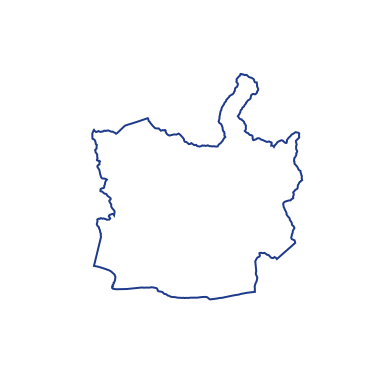 Ascope, La Libertad, Peru (Albers equal-area conic projection), rotated 313°
{"feature_id": "86281439B48399127015258", "entity_name": "Ascope", "entity_type": "district", "adm_level": 2, "iso_a3": "PER", "parent_name": "Peru", "parent_adm1": "La Libertad", "projection": "albers", "projection_center": [-79.075, -7.694], "detail": "fine", "context": "isolated", "style": "outline", "palette": "blue", "viewbox_px": 384, "rotation_deg": 313, "n_neighbors": 0, "source": "geoboundaries", "source_scale": "gbopen_adm2", "svg_char_len": 6085}
<svg xmlns="http://www.w3.org/2000/svg" viewBox="0 0 384 384"><g transform="rotate(313 192 192)"><path d="M261.2,164.8L261.5,167.1L260.5,169.4L260.0,170.3L258.1,172.6L257.8,173.5L257.9,174.5L257.5,174.9L257.0,175.9L255.5,177.0L255.1,177.7L255.2,178.4L254.9,178.9L253.1,178.8L250.2,179.5L247.4,179.6L244.8,179.2L243.0,179.7L241.8,178.9L240.4,176.8L239.1,175.7L238.4,174.5L237.6,173.8L236.9,171.7L236.3,171.5L234.9,170.4L234.5,169.4L233.7,168.9L233.0,167.7L231.8,167.5L230.3,166.4L229.1,164.4L229.3,162.9L228.1,162.0L227.7,161.3L227.3,158.2L225.9,157.9L224.8,156.9L224.9,155.3L224.7,153.9L223.8,152.4L224.2,151.3L225.1,150.0L225.4,149.1L225.8,145.0L225.7,142.7L225.6,142.4L223.3,141.4L222.0,139.7L217.9,137.0L217.4,135.6L217.3,134.0L218.0,131.7L218.9,130.9L218.9,129.9L217.9,129.4L217.2,128.3L215.6,127.4L215.8,124.4L214.6,123.1L213.5,121.5L213.6,118.1L214.1,114.6L214.5,113.0L214.4,111.9L215.8,109.7L215.8,109.3L205.0,103.5L196.1,98.4L194.5,97.7L184.1,97.1L182.8,96.7L182.7,95.1L182.2,93.9L182.1,92.9L181.1,91.9L180.0,89.0L178.8,87.8L177.6,87.1L177.0,85.9L175.4,85.5L173.9,84.3L173.4,83.9L172.7,82.0L171.3,81.5L170.4,80.9L170.3,79.5L170.6,77.9L170.3,77.9L166.8,79.2L163.2,82.7L163.1,83.0L163.6,84.3L163.7,85.1L162.8,87.3L161.5,88.9L161.5,90.4L160.5,90.9L158.7,92.6L157.4,92.4L156.5,92.6L156.2,93.5L155.4,94.2L155.0,96.3L154.7,97.2L153.1,98.6L152.4,99.8L150.6,100.5L150.4,100.8L151.0,102.3L151.7,103.1L151.4,104.0L150.6,104.0L149.1,105.5L147.5,105.0L146.3,105.2L145.9,105.6L145.0,109.1L142.3,112.9L140.7,115.7L140.7,117.1L142.2,119.0L142.8,120.3L143.0,121.3L141.4,121.4L140.3,121.7L137.8,123.3L136.8,123.5L135.8,124.4L135.0,124.7L134.2,124.4L133.4,123.7L132.0,123.2L131.4,123.4L130.2,124.4L130.3,124.9L130.8,125.4L131.0,126.1L131.1,129.1L132.0,130.3L132.1,131.0L131.7,132.0L131.6,132.7L131.9,136.5L131.5,137.3L130.8,137.5L129.3,137.4L128.7,138.1L128.5,139.2L128.1,139.9L127.9,141.3L126.4,142.7L126.0,143.5L125.7,144.6L125.4,147.7L124.9,148.8L121.8,150.9L122.0,150.0L121.8,148.9L121.5,148.6L119.0,147.4L118.0,147.4L117.4,147.8L117.3,148.1L117.3,149.0L116.8,150.3L115.4,150.3L113.6,148.5L113.2,147.0L112.8,146.5L112.6,145.7L112.2,145.2L111.5,144.9L110.7,143.1L110.3,142.9L109.5,142.9L108.7,141.9L107.8,141.5L107.1,141.6L106.2,142.8L103.5,144.3L102.8,145.9L102.8,147.9L101.9,149.1L101.3,150.7L100.0,152.2L99.4,153.8L98.4,154.4L97.1,156.1L71.1,170.7L73.5,174.6L75.4,178.4L78.1,184.5L78.7,186.8L78.8,190.9L78.7,191.9L78.3,192.4L77.8,193.7L77.3,194.2L74.5,196.1L72.9,196.6L72.3,196.5L71.8,197.2L70.9,197.3L70.4,197.6L69.9,197.4L69.5,197.7L69.2,198.2L69.0,197.9L68.4,198.0L68.1,198.6L67.4,198.9L67.4,200.4L69.2,202.9L76.5,210.4L87.9,220.4L88.9,221.7L93.6,226.6L94.6,227.2L95.6,228.5L97.5,231.7L97.3,233.1L96.5,234.2L96.5,235.0L98.6,238.4L98.6,241.3L99.7,243.0L99.7,244.7L100.5,246.2L100.8,247.5L101.2,248.4L103.8,251.7L105.0,253.7L107.8,257.0L109.1,258.2L109.3,258.8L110.9,260.2L111.9,261.5L113.4,262.7L118.2,267.8L122.4,271.3L124.8,273.8L125.4,274.9L125.6,277.9L126.0,278.7L130.6,282.5L133.6,284.7L134.8,285.9L145.0,293.1L148.9,296.2L150.4,297.0L155.6,300.8L161.9,306.1L162.6,305.2L163.4,304.7L165.6,302.3L168.4,300.8L169.7,300.5L171.5,299.7L172.9,298.9L173.5,298.3L173.9,298.2L175.5,294.7L177.0,293.4L177.9,293.0L184.5,285.5L186.6,284.9L188.4,284.5L190.3,285.1L190.8,285.4L191.4,285.2L191.8,285.0L193.0,283.2L193.4,283.0L194.6,283.9L195.6,285.6L196.9,286.5L197.4,289.9L198.1,291.2L197.9,294.6L198.4,295.7L199.2,296.5L200.7,296.7L201.1,298.5L200.8,299.8L225.2,302.2L226.6,300.0L225.6,297.1L226.4,295.5L228.2,294.7L229.2,293.9L230.5,293.6L232.4,292.2L235.5,291.5L236.3,289.6L236.3,289.1L236.1,288.5L236.3,287.3L237.5,286.0L238.4,282.5L239.2,281.5L239.5,280.8L239.5,278.9L240.0,276.5L240.9,275.7L241.5,274.6L242.6,271.5L243.0,270.9L243.4,269.5L245.6,266.7L246.9,266.3L248.4,266.6L251.7,268.5L252.9,269.6L253.7,269.8L254.6,269.6L255.7,270.1L256.6,270.2L257.3,269.1L258.8,268.6L260.0,267.8L260.5,266.5L260.8,266.2L262.1,266.3L264.1,266.1L265.7,266.7L266.3,266.7L267.2,266.4L269.1,264.8L270.4,264.6L272.2,264.0L273.0,264.0L273.6,264.3L274.4,264.1L275.7,264.5L277.0,262.7L278.6,261.5L278.9,260.4L279.7,259.6L280.4,258.0L281.0,257.5L281.4,256.9L281.0,255.4L281.1,254.6L282.2,252.0L282.6,247.9L283.1,247.0L284.0,246.4L284.2,245.5L286.5,243.7L287.3,243.8L289.4,243.3L290.8,242.7L291.4,241.8L292.7,241.6L293.5,241.2L294.0,240.2L294.1,239.5L294.8,238.5L296.6,236.8L297.9,236.4L300.0,233.3L300.3,233.1L304.9,233.3L306.2,231.8L307.9,230.5L308.0,229.9L307.9,229.4L306.3,226.9L303.2,226.2L302.0,225.7L299.8,225.9L297.6,225.7L294.8,226.0L293.3,227.2L292.3,227.6L291.9,227.3L291.4,225.7L291.5,224.0L291.1,222.4L290.8,222.1L288.4,221.0L286.7,220.5L284.6,220.8L282.8,220.7L280.8,221.2L281.0,219.5L280.6,218.7L280.0,218.3L281.3,217.3L282.1,217.0L282.5,216.4L281.8,215.0L281.6,213.9L279.7,212.7L278.1,207.9L277.5,207.0L277.3,205.0L276.8,204.1L275.9,203.2L275.0,203.0L274.4,203.0L274.2,202.8L272.1,201.8L271.8,201.5L271.8,201.0L272.9,199.4L273.6,198.8L274.3,197.8L274.2,197.0L273.1,195.3L273.3,192.8L272.6,191.3L272.6,189.0L273.8,188.9L274.9,188.4L275.9,187.3L277.3,186.2L277.4,185.6L277.8,184.9L278.0,183.4L278.7,182.5L278.9,180.9L278.7,179.5L278.9,178.7L278.3,177.9L278.1,176.9L278.7,173.8L281.1,173.6L281.5,173.3L283.1,173.0L284.4,172.1L285.5,171.9L286.4,172.0L288.3,171.3L289.9,171.7L291.4,171.2L293.6,171.1L294.2,170.6L295.4,170.7L297.0,170.4L298.8,171.0L300.2,171.0L303.1,169.3L304.9,169.5L305.7,170.1L306.3,171.4L306.8,171.7L308.1,171.8L308.7,171.8L309.9,171.1L311.5,170.9L312.5,170.2L313.7,167.4L314.6,166.7L316.3,164.6L315.4,163.7L315.2,162.8L316.6,160.2L316.2,157.8L314.9,155.3L314.9,152.2L314.6,151.7L313.4,150.8L312.9,149.2L312.5,148.6L312.1,148.5L311.7,147.3L311.4,147.0L309.6,147.7L308.5,147.5L305.2,147.6L304.6,147.9L304.0,148.7L302.9,149.2L302.5,151.6L301.9,152.3L299.6,153.2L297.9,152.8L297.0,153.0L295.0,154.4L294.1,154.4L292.5,155.1L290.8,155.0L290.2,154.6L287.5,154.0L286.8,154.3L282.6,154.3L281.8,154.9L279.2,155.0L278.2,155.5L274.3,156.2L272.6,157.0L271.8,157.6L271.0,157.7L270.4,157.9L265.8,160.8L264.3,162.1L261.8,163.3L261.2,164.8Z" fill="none" stroke="#1e3a8a" stroke-width="2"/></g></svg>